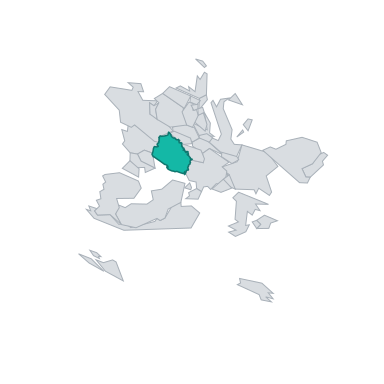 Europe, with Poland highlighted, rotated 213°
{"feature_id": "POL", "entity_name": "Poland", "entity_type": "country or territory", "adm_level": 0, "iso_a3": "POL", "parent_name": "Europe", "parent_adm1": "", "projection": "robinson", "projection_center": [19.099, 51.929], "detail": "fine", "context": "in_parent", "style": "filled", "palette": "teal", "viewbox_px": 384, "rotation_deg": 213, "n_neighbors": 37, "source": "natural_earth", "source_scale": "50m", "svg_char_len": 10964}
<svg xmlns="http://www.w3.org/2000/svg" viewBox="0 0 384 384"><g transform="rotate(213 192 192)"><path d="M201.2,80.0L221.5,78.4L235.6,82.9L227.8,84.5L221.6,91.8L217.6,92.0L201.2,80.0ZM270.9,124.1L262.1,126.4L263.4,123.1L258.7,121.2L248.4,128.4L235.7,125.0L230.8,129.6L224.0,128.8L207.1,147.1L207.0,150.8L203.2,150.7L200.5,155.4L201.1,170.6L195.7,177.2L193.2,174.0L184.9,180.0L174.1,178.6L173.2,161.3L228.3,122.8L259.8,116.6L271.1,119.9L266.7,121.1L270.9,124.1ZM253.5,78.4L240.2,81.1L222.7,77.5L239.6,76.4L253.5,78.4ZM245.9,87.5L238.9,89.2L233.2,88.2L235.4,87.1L233.4,85.8L239.9,85.0L245.9,87.5Z" fill="#d9dde1" stroke="#a8b0b8" stroke-width="1"/><path d="M157.3,218.0L180.4,229.5L170.6,242.0L175.8,258.7L150.1,266.2L133.9,260.2L138.5,245.9L125.2,235.3L125.2,231.3L138.1,231.5L137.4,225.3L141.2,227.7L157.3,218.0ZM181.3,270.4L184.4,262.5L183.3,271.6L181.3,270.4Z" fill="#d9dde1" stroke="#a8b0b8" stroke-width="1"/><path d="M195.7,177.2L202.7,164.7L200.5,155.4L203.2,150.7L207.0,150.8L219.5,131.5L233.5,126.2L244.2,131.9L245.9,141.2L239.5,142.5L236.6,149.0L223.2,157.3L220.3,164.4L226.7,170.8L218.9,177.9L214.8,191.5L202.6,195.4L195.7,177.2Z" fill="#d9dde1" stroke="#a8b0b8" stroke-width="1"/><path d="M265.2,191.2L276.5,194.4L276.3,198.3L284.9,206.1L279.2,207.6L281.7,212.8L276.7,217.0L246.8,215.7L246.3,203.1L254.8,201.1L258.4,194.1L265.2,191.2Z" fill="#d9dde1" stroke="#a8b0b8" stroke-width="1"/><path d="M298.4,247.9L305.1,248.9L293.9,255.0L287.2,249.7L292.0,246.8L283.2,242.1L270.4,249.8L270.9,243.6L276.1,243.7L269.6,234.4L253.1,236.5L241.0,232.8L248.7,221.8L246.8,215.7L251.1,214.0L276.7,217.0L278.1,213.2L289.9,211.6L297.6,221.0L318.4,226.3L317.9,235.6L297.8,244.5L298.4,247.9Z" fill="#d9dde1" stroke="#a8b0b8" stroke-width="1"/><path d="M218.8,234.4L214.4,242.3L208.3,243.6L185.8,240.0L201.0,238.0L204.1,230.3L216.7,230.8L218.8,234.4Z" fill="#d9dde1" stroke="#a8b0b8" stroke-width="1"/><path d="M241.0,232.8L243.7,235.7L236.4,244.3L225.1,247.3L215.3,241.3L218.8,234.4L241.0,232.8Z" fill="#d9dde1" stroke="#a8b0b8" stroke-width="1"/><path d="M260.7,233.9L269.6,234.4L276.1,243.7L270.9,243.6L268.4,248.8L267.6,241.6L260.7,233.9Z" fill="#d9dde1" stroke="#a8b0b8" stroke-width="1"/><path d="M268.4,248.8L274.5,249.9L270.3,258.7L245.2,258.0L232.9,245.3L245.6,234.5L260.7,233.9L267.6,241.6L268.4,248.8Z" fill="#d9dde1" stroke="#a8b0b8" stroke-width="1"/><path d="M258.4,194.1L254.8,201.1L246.3,203.1L236.0,191.9L251.5,190.1L258.4,194.1Z" fill="#d9dde1" stroke="#a8b0b8" stroke-width="1"/><path d="M261.1,184.4L265.2,191.2L258.4,194.1L251.5,190.1L236.0,191.9L241.8,182.9L245.1,186.8L252.4,181.8L261.1,184.4Z" fill="#d9dde1" stroke="#a8b0b8" stroke-width="1"/><path d="M263.3,173.9L261.1,184.4L249.0,182.7L244.9,175.4L263.3,173.9Z" fill="#d9dde1" stroke="#a8b0b8" stroke-width="1"/><path d="M207.2,204.0L210.6,218.2L198.5,222.7L204.1,230.3L201.0,238.0L177.2,237.1L180.4,229.5L174.2,228.5L171.9,223.4L172.4,214.2L176.2,212.2L177.8,204.3L182.0,205.2L185.0,202.6L184.2,197.5L190.0,197.4L194.0,202.6L200.6,200.1L207.2,204.0Z" fill="#d9dde1" stroke="#a8b0b8" stroke-width="1"/><path d="M243.8,255.7L245.2,258.0L270.3,258.7L268.2,268.1L245.4,271.8L243.8,255.7Z" fill="#d9dde1" stroke="#a8b0b8" stroke-width="1"/><path d="M261.5,305.5L254.3,307.6L248.6,305.6L249.4,303.2L261.5,305.5ZM236.7,274.5L262.0,270.5L259.6,274.6L249.0,275.4L252.2,278.5L244.1,277.8L250.8,292.3L246.5,290.8L246.8,299.2L243.7,299.3L232.8,281.3L236.7,274.5Z" fill="#d9dde1" stroke="#a8b0b8" stroke-width="1"/><path d="M236.7,274.5L232.8,281.3L229.4,277.8L230.9,264.3L236.7,274.5Z" fill="#d9dde1" stroke="#a8b0b8" stroke-width="1"/><path d="M216.8,243.3L229.3,250.2L213.1,252.5L225.1,265.5L214.2,259.8L209.4,251.1L203.8,250.7L216.8,243.3Z" fill="#d9dde1" stroke="#a8b0b8" stroke-width="1"/><path d="M186.5,237.7L189.6,243.4L175.7,247.2L170.4,244.5L174.0,237.6L186.5,237.7Z" fill="#d9dde1" stroke="#a8b0b8" stroke-width="1"/><path d="M170.8,223.6L172.3,227.1L170.1,226.7L170.8,223.6Z" fill="#d9dde1" stroke="#a8b0b8" stroke-width="1"/><path d="M172.7,219.8L170.1,226.7L157.3,218.0L167.9,216.2L172.7,219.8Z" fill="#d9dde1" stroke="#a8b0b8" stroke-width="1"/><path d="M176.9,205.4L172.7,219.8L160.8,216.9L167.5,207.5L176.9,205.4Z" fill="#d9dde1" stroke="#a8b0b8" stroke-width="1"/><path d="M100.9,268.8L104.6,266.6L112.5,271.5L106.3,281.3L107.6,290.0L103.1,296.9L98.3,296.7L99.4,288.9L96.5,286.3L100.9,268.8Z" fill="#d9dde1" stroke="#a8b0b8" stroke-width="1"/><path d="M105.1,295.4L106.3,281.3L112.5,271.5L104.6,266.6L100.9,268.8L100.1,262.4L106.9,258.4L155.4,265.5L150.9,272.4L144.9,273.6L139.2,283.1L140.8,286.3L129.5,297.8L114.2,301.9L105.1,295.4Z" fill="#d9dde1" stroke="#a8b0b8" stroke-width="1"/><path d="M122.4,203.4L118.6,212.0L104.7,214.4L109.1,208.8L107.8,203.3L117.8,196.6L116.8,202.3L122.4,203.4Z" fill="#d9dde1" stroke="#a8b0b8" stroke-width="1"/><path d="M190.0,241.1L204.7,243.2L205.1,248.2L198.0,249.4L198.9,256.5L224.7,277.2L224.3,280.3L217.8,276.8L218.6,285.3L212.2,290.9L214.3,285.0L211.2,278.9L192.3,266.1L188.2,257.5L182.5,255.0L175.8,258.7L173.9,246.1L190.0,241.1ZM197.2,292.6L211.5,289.1L209.4,298.1L197.2,292.6ZM178.3,273.9L185.7,276.4L184.8,283.8L180.8,285.3L178.3,273.9Z" fill="#d9dde1" stroke="#a8b0b8" stroke-width="1"/><path d="M190.0,197.4L184.2,197.5L183.0,189.3L193.6,183.0L192.0,187.4L194.5,189.7L190.0,197.4ZM200.4,191.5L198.9,198.4L194.8,195.4L194.3,193.2L200.4,191.5Z" fill="#d9dde1" stroke="#a8b0b8" stroke-width="1"/><path d="M122.4,203.4L116.8,202.3L117.8,196.6L125.2,199.7L122.4,203.4ZM135.0,205.9L128.8,193.2L126.1,195.7L125.2,188.0L131.4,178.4L139.4,178.3L134.3,184.0L142.9,183.3L136.8,192.2L141.0,192.5L149.7,208.4L154.6,209.4L152.8,217.2L121.1,223.3L132.2,216.5L124.8,213.4L129.5,211.8L128.9,205.4L135.0,205.9Z" fill="#d9dde1" stroke="#a8b0b8" stroke-width="1"/><path d="M103.5,139.0L101.7,142.1L105.0,145.4L83.7,153.6L68.7,151.2L73.2,149.0L65.8,146.6L73.1,144.2L65.6,143.1L75.2,139.2L79.8,142.5L103.5,139.0Z" fill="#d9dde1" stroke="#a8b0b8" stroke-width="1"/><path d="M204.7,243.2L215.3,241.3L216.8,243.3L211.3,249.0L204.2,248.7L204.7,243.2Z" fill="#d9dde1" stroke="#a8b0b8" stroke-width="1"/><path d="M263.4,123.1L261.9,129.8L267.7,133.0L264.7,136.7L269.5,142.1L267.3,146.3L271.0,150.0L269.8,153.3L275.7,156.8L274.5,159.3L263.3,168.7L242.9,172.0L236.7,167.6L237.3,155.1L251.7,145.5L244.5,139.3L244.2,131.9L233.5,126.2L248.4,128.4L258.7,121.2L263.4,123.1Z" fill="#d9dde1" stroke="#a8b0b8" stroke-width="1"/><path d="M242.9,229.1L240.0,233.3L222.6,236.4L218.3,232.5L225.6,226.9L242.9,229.1Z" fill="#d9dde1" stroke="#a8b0b8" stroke-width="1"/><path d="M210.6,218.2L221.4,222.2L226.9,226.9L207.3,232.0L199.6,226.6L198.5,222.7L210.6,218.2Z" fill="#d9dde1" stroke="#a8b0b8" stroke-width="1"/><path d="M225.6,264.5L216.2,256.8L214.1,250.2L229.2,252.2L229.6,259.4L225.6,264.5Z" fill="#d9dde1" stroke="#a8b0b8" stroke-width="1"/><path d="M242.8,266.3L245.4,271.8L234.8,273.2L235.5,267.8L242.8,266.3Z" fill="#d9dde1" stroke="#a8b0b8" stroke-width="1"/><path d="M226.8,246.5L232.9,245.3L244.0,253.8L243.5,265.6L239.2,266.8L235.7,261.1L233.2,263.6L228.5,259.7L226.8,246.5Z" fill="#d9dde1" stroke="#a8b0b8" stroke-width="1"/><path d="M232.4,264.9L229.2,268.8L225.1,265.5L228.5,259.7L232.4,264.9Z" fill="#d9dde1" stroke="#a8b0b8" stroke-width="1"/><path d="M234.7,268.9L232.4,264.9L234.9,261.4L240.0,264.3L234.7,268.9Z" fill="#d9dde1" stroke="#a8b0b8" stroke-width="1"/><path d="M247.1,216.0L247.4,216.3L247.5,216.6L247.4,216.9L247.4,217.1L247.6,217.3L248.3,218.1L248.6,218.8L248.8,219.1L249.3,219.4L249.4,219.6L249.2,219.7L248.9,219.8L249.0,220.0L249.4,220.8L249.4,221.3L249.2,221.4L249.0,221.7L248.9,221.9L247.8,222.1L247.5,222.4L246.9,222.9L246.5,223.2L245.9,223.7L244.9,224.7L244.6,225.1L244.3,225.4L243.5,226.3L243.3,226.6L243.3,226.9L243.6,227.7L243.7,228.0L243.6,228.3L243.6,228.5L243.8,228.8L244.2,229.1L244.2,229.4L244.0,229.5L243.6,229.4L243.0,229.2L242.9,229.2L242.6,229.1L241.4,228.8L240.6,228.4L240.5,228.2L240.4,228.0L240.0,227.7L239.3,227.5L238.9,227.3L237.7,227.2L237.2,227.2L236.8,227.3L236.5,227.3L236.2,227.7L236.0,227.9L235.6,227.9L235.3,227.8L235.0,227.6L234.5,227.4L234.2,227.5L233.9,227.5L233.7,227.4L233.6,227.5L233.4,227.5L233.2,227.6L232.9,227.7L232.6,227.9L232.3,228.1L232.1,228.6L231.5,228.4L231.3,228.5L231.0,228.5L230.8,228.5L230.9,228.3L231.0,228.1L231.0,227.8L230.9,227.6L230.7,227.5L230.4,227.4L230.1,227.1L229.9,226.8L229.6,226.4L229.2,226.5L228.9,226.7L228.6,226.8L228.2,227.4L227.4,227.4L227.4,227.1L227.3,226.9L226.8,226.8L226.8,226.6L226.7,226.2L225.8,225.4L225.7,225.1L225.7,224.8L225.5,224.7L224.8,224.5L224.6,224.6L224.4,224.5L224.1,224.3L223.7,224.2L223.5,223.9L223.4,223.9L223.3,224.0L223.2,224.1L222.7,224.3L222.5,224.2L222.4,224.1L222.2,223.8L221.9,223.6L221.7,223.5L221.5,223.4L222.0,223.1L222.1,222.9L222.1,222.5L221.8,222.6L221.4,222.7L221.0,222.8L220.8,222.8L219.6,222.1L218.9,221.9L218.5,221.8L218.4,221.9L218.6,222.3L218.9,222.7L218.9,222.8L218.5,223.0L218.3,223.1L218.0,223.3L217.8,223.5L217.6,223.6L217.4,223.6L217.2,223.5L216.8,222.8L216.2,222.3L216.1,222.2L215.9,222.1L215.7,222.0L215.6,221.8L215.7,221.7L215.9,221.5L216.2,221.4L216.3,221.3L216.4,221.2L216.5,221.0L216.3,220.8L215.9,220.6L215.0,220.7L214.7,220.8L214.6,220.7L214.3,220.5L214.0,220.3L213.6,220.2L213.2,220.1L212.4,219.9L212.1,219.8L211.8,219.6L211.7,219.4L211.6,219.0L211.0,218.8L210.5,218.7L210.4,218.7L210.4,219.1L210.4,219.4L210.0,219.5L209.7,219.5L209.7,219.4L210.1,218.7L210.3,218.2L210.6,217.4L210.3,216.7L210.3,216.4L210.2,216.3L209.4,215.9L209.5,215.4L209.4,215.2L209.2,215.0L209.0,214.6L208.9,214.3L209.2,213.9L209.3,213.6L209.5,213.2L209.4,212.8L209.3,212.6L209.4,212.3L209.3,212.1L209.0,211.9L208.9,211.7L208.9,211.1L209.1,210.6L208.7,209.9L207.6,209.2L207.1,208.7L207.1,208.4L207.4,208.1L207.8,207.9L208.1,207.5L208.3,207.0L208.3,206.9L208.3,206.5L207.9,205.0L207.8,204.7L207.8,204.2L208.7,204.4L209.1,204.6L209.1,204.4L209.0,204.2L209.0,203.6L208.2,203.4L207.6,203.4L207.5,203.1L207.6,202.9L207.7,203.0L208.3,203.1L209.7,202.6L212.1,201.9L214.7,201.3L215.3,201.2L215.9,201.1L216.1,200.9L216.3,200.7L216.7,200.3L217.4,199.7L218.8,199.5L219.3,199.2L220.4,198.7L222.8,198.3L223.8,198.2L224.8,198.2L225.6,198.5L226.6,199.0L226.7,199.3L226.2,199.1L225.5,198.7L225.2,198.7L225.9,199.9L226.2,200.4L226.9,200.7L227.5,200.8L229.3,200.6L229.9,200.3L230.1,200.2L230.2,200.3L231.4,200.3L232.6,200.4L234.5,200.5L236.5,200.6L238.5,200.6L240.7,200.7L243.1,200.8L243.2,200.7L243.5,200.5L243.8,200.6L244.1,200.7L244.3,200.8L244.4,201.0L244.6,201.1L244.9,201.2L245.4,201.4L245.8,201.6L246.1,201.9L246.2,202.2L246.3,202.6L246.2,202.9L246.3,203.0L246.8,204.8L247.6,206.6L248.0,207.4L248.1,207.9L248.2,208.5L248.3,209.0L248.3,209.3L248.2,209.6L248.0,209.8L246.5,210.4L246.2,210.6L245.7,211.1L245.3,211.6L245.2,211.7L245.2,211.9L245.3,212.0L245.9,212.3L246.4,212.5L246.6,212.6L247.0,212.8L247.2,213.0L247.3,213.2L247.3,213.5L247.1,214.0L247.2,214.4L247.0,214.7L246.8,214.9L246.8,215.4L247.1,216.0Z" fill="#14b8a6" stroke="#0f766e" stroke-width="1.5"/></g></svg>